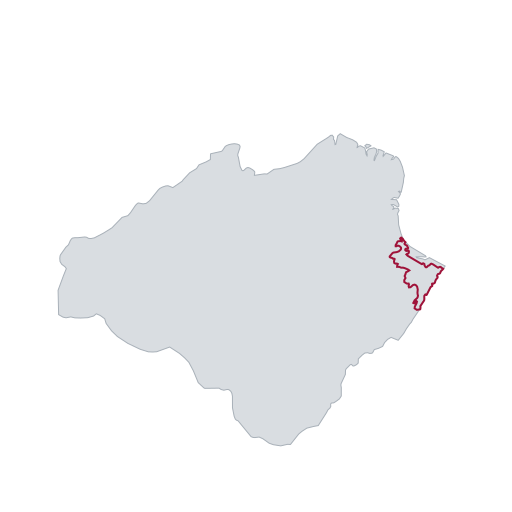 Ogun highlighted on a map of Nigeria, rotated 211°
{"feature_id": "NGA-2852", "entity_name": "Ogun", "entity_type": "State", "adm_level": 1, "iso_a3": "NGA", "parent_name": "Nigeria", "parent_adm1": "", "projection": "natural_earth1", "projection_center": [3.522, 7.137], "detail": "fine", "context": "in_parent", "style": "outline", "palette": "rose", "viewbox_px": 512, "rotation_deg": 211, "n_neighbors": 0, "source": "natural_earth", "source_scale": "10m", "svg_char_len": 6239}
<svg xmlns="http://www.w3.org/2000/svg" viewBox="0 0 512 512"><g transform="rotate(211 256 256)"><path d="M395.0,104.1L408.0,124.7L410.9,140.0L412.1,147.5L414.2,148.4L418.2,148.8L421.1,150.3L422.9,152.8L424.0,155.1L424.2,156.5L423.5,165.7L422.5,169.0L423.1,173.5L423.0,175.4L422.6,176.8L420.8,178.3L418.3,179.8L412.6,184.1L410.9,184.8L408.5,184.9L406.4,186.0L403.9,188.3L398.5,197.1L394.0,205.9L390.7,220.1L386.6,224.6L385.9,228.5L385.4,237.4L384.7,240.1L384.1,240.9L379.7,242.5L377.2,244.6L375.7,248.6L373.8,262.3L373.2,264.5L371.7,266.9L369.5,269.5L367.6,270.9L362.5,271.8L357.8,282.1L357.7,283.9L355.7,293.2L352.0,300.3L351.8,304.8L347.2,311.0L344.8,315.2L347.3,319.6L347.5,320.3L339.6,327.8L339.1,328.9L338.8,334.1L338.1,335.5L336.7,337.4L334.6,339.4L332.4,341.1L329.9,342.2L327.6,342.6L326.2,341.9L325.5,340.4L324.1,334.1L323.4,332.7L321.9,331.5L315.7,324.5L312.0,322.1L311.2,322.3L310.6,322.9L309.6,326.4L308.5,327.7L306.6,328.2L303.2,328.2L300.7,327.7L300.1,327.0L298.9,324.3L291.3,330.6L288.7,332.0L285.3,339.5L280.5,343.2L277.2,346.5L268.4,356.6L266.6,359.6L264.9,364.1L261.1,383.3L255.1,395.2L254.2,397.8L253.9,397.7L253.1,398.8L250.7,398.0L249.6,395.8L248.2,395.5L245.6,392.2L245.1,392.8L247.8,401.0L246.8,404.2L239.3,404.3L232.9,405.4L228.4,405.3L226.2,404.1L225.2,401.0L224.9,401.3L224.6,403.0L223.2,404.3L218.3,404.6L216.1,402.4L214.3,400.1L212.4,399.0L212.7,400.0L214.9,402.3L214.6,405.6L210.6,409.5L208.0,409.7L206.5,408.0L205.7,405.3L205.3,401.4L204.2,398.8L203.6,398.8L204.3,403.1L204.4,407.1L206.3,410.3L203.3,411.2L199.8,411.4L199.4,410.2L198.9,407.6L198.3,406.9L197.6,411.3L190.4,412.5L189.4,412.4L189.2,411.5L189.7,410.3L189.6,408.3L188.0,409.9L187.7,412.9L186.8,413.4L184.1,413.0L181.1,411.4L176.2,407.6L170.2,401.3L169.3,398.5L167.6,395.0L164.4,385.5L165.0,385.1L166.4,385.6L167.1,384.7L164.6,384.0L164.1,383.3L163.9,381.2L164.0,378.7L167.8,377.3L168.6,375.8L169.1,374.2L164.5,376.6L160.2,373.9L159.2,372.2L159.7,371.0L164.7,370.9L166.5,369.7L165.4,369.2L163.5,369.3L162.8,368.5L162.8,366.5L162.2,367.0L161.4,368.7L158.5,370.0L156.8,368.7L156.6,365.9L156.2,364.6L154.8,363.6L149.7,356.1L143.2,349.8L137.5,345.5L128.9,343.5L110.8,343.5L109.8,342.9L110.9,342.0L112.5,341.3L118.3,337.8L117.3,337.3L111.3,339.5L109.2,339.7L106.5,343.9L88.7,344.8L88.8,342.9L89.6,337.4L90.7,333.6L89.4,329.0L89.2,324.8L89.9,323.5L90.2,321.9L90.0,311.2L90.9,309.6L91.0,308.5L89.1,303.9L89.1,300.4L88.8,297.0L88.2,295.5L88.9,282.4L88.7,279.2L89.2,276.9L89.6,271.2L89.5,265.7L90.7,257.0L98.3,255.8L100.2,252.4L101.2,248.0L100.9,243.7L103.4,240.0L106.4,236.7L106.2,233.0L107.1,231.9L108.5,231.0L110.5,230.6L112.8,228.8L114.0,225.6L115.3,220.5L113.3,216.9L113.4,216.1L114.1,214.2L115.3,212.3L116.2,211.7L118.4,212.2L119.2,211.4L120.6,205.8L120.5,204.3L118.4,200.5L117.3,190.3L116.7,189.0L115.1,187.1L110.8,179.9L110.9,176.5L112.7,172.2L113.8,170.1L115.5,168.9L115.8,167.9L115.3,166.7L114.5,165.8L114.3,163.8L115.1,161.1L114.9,158.1L115.3,142.7L118.7,139.7L123.8,134.6L126.3,129.4L127.7,125.4L129.4,112.2L132.0,110.8L137.0,106.0L143.9,103.2L148.3,102.3L156.1,102.9L160.1,102.4L163.4,99.8L165.0,99.0L167.1,98.6L186.5,105.5L188.3,105.2L189.8,105.6L192.2,107.4L198.0,113.8L204.0,123.7L205.9,125.8L207.8,127.0L209.7,127.4L211.1,127.3L212.5,126.3L214.4,124.4L217.2,123.6L219.6,123.7L231.7,116.2L232.8,116.1L240.3,117.7L250.5,125.3L258.8,130.3L264.6,131.9L271.4,133.1L283.1,133.5L291.8,122.8L295.1,120.5L299.0,118.4L307.2,116.4L320.7,115.1L333.4,115.6L341.4,117.5L349.7,121.0L353.4,124.3L359.0,124.8L363.1,124.2L364.3,120.9L368.4,116.5L374.4,112.5L379.4,109.7L383.4,108.4L387.0,105.2L389.9,104.2L395.0,104.1ZM218.7,408.8L216.0,409.8L214.2,409.6L216.7,405.2L217.9,406.2L219.5,406.5L218.7,408.8Z" fill="#d9dde1" stroke="#a8b0b8" stroke-width="1"/><path d="M90.9,310.4L91.0,310.3L91.0,310.2L91.1,309.9L91.2,308.5L90.5,307.3L89.7,306.1L89.1,304.9L89.0,303.6L89.1,302.6L89.3,298.1L89.3,297.7L89.0,297.2L88.3,296.3L88.0,295.4L87.8,295.0L87.8,294.9L88.0,294.7L90.4,292.7L93.1,292.8L93.8,294.4L94.0,298.0L94.5,299.8L95.3,300.0L95.6,298.3L96.0,296.9L97.0,296.8L97.2,299.7L96.2,303.0L96.2,303.7L96.7,305.4L97.9,306.6L98.8,307.9L100.1,310.6L102.1,312.7L103.6,313.3L105.2,313.2L106.4,312.1L107.5,308.8L108.7,307.9L109.7,308.8L110.2,310.4L111.0,311.0L111.8,310.4L112.7,310.0L115.5,310.1L116.5,311.7L116.5,313.5L116.5,314.1L117.4,314.8L118.2,315.3L118.4,315.9L118.4,316.5L118.4,317.0L118.6,317.5L119.0,319.4L117.9,321.1L117.2,322.6L118.9,322.7L122.3,322.2L124.1,321.7L124.9,321.1L125.8,320.7L126.6,320.6L127.5,320.5L129.5,319.4L130.1,320.7L130.3,322.2L131.4,322.1L132.5,321.3L133.8,321.2L134.7,322.1L135.1,322.9L135.4,323.8L135.4,324.3L135.6,324.8L136.4,324.8L137.4,324.2L138.0,324.4L138.6,324.4L139.1,324.2L139.6,324.0L140.7,323.9L141.2,324.5L140.5,328.8L140.0,329.7L137.4,331.8L136.0,333.5L135.3,335.7L135.3,336.7L135.7,337.5L136.1,337.9L137.0,338.2L137.5,338.3L139.0,338.3L140.2,337.5L140.6,336.7L141.3,336.3L141.9,337.2L141.9,339.5L142.1,341.0L142.0,341.5L141.7,341.9L141.3,342.1L139.8,343.3L138.9,343.4L138.5,343.6L139.0,344.3L139.8,344.3L141.4,345.1L141.4,345.9L141.0,346.6L139.3,346.4L139.2,346.4L136.8,345.2L135.0,344.8L135.0,344.7L135.1,343.8L135.0,342.9L134.3,342.6L132.7,342.6L132.0,342.7L131.5,342.4L131.1,342.0L130.3,341.7L129.7,341.3L129.6,340.4L131.3,339.4L131.5,338.7L131.2,338.0L130.4,337.7L129.5,337.9L128.6,338.6L127.8,339.1L127.0,338.3L126.9,337.9L126.7,337.1L126.9,336.3L127.6,335.7L127.9,334.8L126.2,334.3L109.7,334.4L109.4,334.7L109.4,335.2L109.0,335.8L108.5,335.9L107.5,335.8L106.8,334.8L105.5,334.1L104.8,333.8L104.0,334.2L103.8,334.7L103.4,336.4L102.9,336.9L102.5,337.6L102.2,339.2L101.8,339.7L100.1,340.0L94.0,339.7L93.7,339.9L93.7,340.3L93.1,341.1L92.4,341.6L91.7,341.7L90.9,341.4L90.0,341.5L89.0,341.4L88.9,341.4L89.0,340.7L89.1,340.4L89.6,338.6L89.7,338.0L89.4,336.6L89.4,335.9L89.7,335.2L90.3,334.7L90.6,334.4L90.8,334.0L90.7,332.5L90.6,332.2L90.1,332.0L89.8,331.9L89.6,331.7L89.4,331.4L89.2,330.7L89.3,330.0L89.6,328.6L89.5,327.3L89.1,326.0L89.0,324.8L89.7,323.6L90.0,323.5L90.4,323.3L90.7,323.2L90.8,322.8L90.6,322.5L89.9,321.8L89.7,321.4L89.5,321.0L89.6,320.8L89.7,320.6L90.0,319.9L90.2,319.6L90.3,319.3L90.3,318.8L89.7,310.8L89.8,310.4L90.0,310.3L90.3,310.3L90.9,310.4Z" fill="none" stroke="#9f1239" stroke-width="2"/></g></svg>